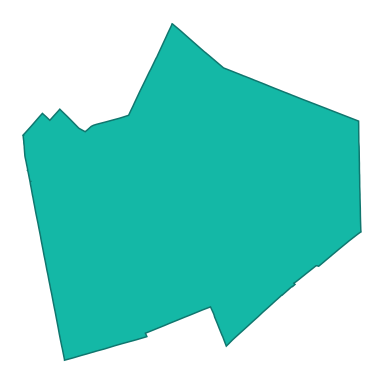 Sandra, Timis, Romania
{"feature_id": "2599482B18358712742029", "entity_name": "Sandra", "entity_type": "district", "adm_level": 2, "iso_a3": "ROU", "parent_name": "Romania", "parent_adm1": "Timis", "projection": "albers", "projection_center": [20.888, 45.925], "detail": "fine", "context": "isolated", "style": "filled", "palette": "teal", "viewbox_px": 384, "rotation_deg": 0, "n_neighbors": 0, "source": "geoboundaries", "source_scale": "gbopen_adm2", "svg_char_len": 2828}
<svg xmlns="http://www.w3.org/2000/svg" viewBox="0 0 384 384"><path d="M146.7,336.7L146.9,336.6L145.4,333.2L152.6,330.3L157.5,328.3L164.2,325.6L169.6,323.3L177.3,320.2L184.6,317.2L189.7,315.2L195.3,312.9L202.8,309.8L210.5,306.9L213.3,313.0L214.0,314.7L214.6,317.0L217.2,323.2L219.2,328.3L222.0,335.2L222.7,336.6L224.2,340.6L226.3,346.1L229.0,343.5L232.0,340.4L235.0,337.6L242.1,331.2L246.3,327.4L253.3,321.0L258.2,316.6L262.7,312.3L267.9,307.7L275.7,300.6L281.8,295.1L282.1,295.2L289.9,288.3L291.4,287.0L292.2,286.4L292.5,286.6L295.0,284.4L293.8,283.2L296.3,281.5L300.2,278.4L305.9,273.8L312.1,268.9L315.2,266.4L315.8,265.9L316.7,265.7L317.6,265.9L318.2,266.1L318.7,266.2L319.8,265.3L325.5,260.5L332.5,254.6L338.7,249.4L342.0,246.7L349.3,240.7L357.4,234.4L360.7,232.0L361.0,231.9L360.8,230.0L360.5,219.9L360.4,215.7L360.3,208.2L360.2,205.0L360.0,197.4L360.0,194.3L359.7,186.4L359.7,183.2L359.6,174.9L359.5,173.6L359.4,168.5L359.4,163.2L359.3,160.4L359.2,152.0L359.1,146.7L358.8,141.8L358.8,137.9L358.7,130.6L358.7,126.4L358.6,121.1L332.9,111.1L314.4,103.9L311.2,102.7L302.4,99.3L274.4,88.2L257.1,81.2L255.5,80.6L244.3,76.1L243.8,76.0L232.7,71.5L223.5,67.9L215.3,60.9L208.6,55.2L203.8,51.3L199.5,47.5L192.9,41.7L186.1,35.7L181.4,31.5L178.7,29.2L172.4,23.9L172.1,23.8L171.2,26.1L167.8,33.2L165.8,37.6L162.4,44.9L158.2,54.0L157.2,56.2L156.9,56.9L155.9,58.6L153.6,63.4L150.7,69.4L149.5,71.6L145.2,80.5L142.5,86.0L139.9,91.3L138.4,94.5L134.4,103.0L133.0,106.1L131.0,110.2L128.8,114.9L128.6,115.3L128.0,115.5L123.4,117.0L119.2,118.3L114.0,119.7L111.0,120.5L105.5,122.0L100.1,123.4L97.0,124.2L95.6,124.6L94.4,125.0L93.7,125.2L92.2,125.9L91.3,126.4L90.9,126.7L87.4,129.9L86.0,131.0L85.2,131.7L82.9,130.5L79.1,128.4L78.3,127.7L75.7,125.0L71.0,120.2L66.7,115.9L61.5,110.9L59.8,109.2L58.5,110.7L55.7,113.8L53.6,116.1L51.2,118.8L49.8,120.3L46.4,117.0L42.4,113.4L40.5,115.5L39.6,116.5L31.2,126.2L24.8,133.3L23.0,135.2L23.3,135.4L23.1,135.5L23.5,139.4L23.8,141.4L23.8,142.7L23.9,143.8L24.1,145.5L24.2,145.9L24.3,148.3L24.6,152.4L24.8,154.8L24.9,155.9L25.1,157.2L25.5,159.0L26.2,162.2L26.5,163.9L27.3,167.7L27.7,169.8L27.4,170.2L27.7,170.5L28.1,172.0L29.4,178.6L29.8,180.4L29.9,181.2L30.3,181.6L30.5,181.6L30.1,182.1L30.5,184.6L31.3,188.6L32.5,195.4L33.0,197.6L33.9,202.7L34.5,205.7L35.5,211.2L36.1,214.3L37.3,220.1L37.9,222.9L38.7,227.2L39.3,230.2L39.6,231.7L40.6,236.8L40.9,238.8L41.5,242.0L42.3,246.1L43.1,250.2L44.0,255.2L44.6,258.1L45.3,261.5L46.1,265.8L47.0,270.6L47.8,274.2L49.1,281.2L50.0,285.6L50.5,288.4L51.7,294.0L52.0,295.6L53.5,303.6L54.5,308.7L55.1,311.5L56.4,318.4L56.7,320.0L58.1,327.3L59.4,334.5L60.4,339.6L61.8,346.5L62.2,348.1L63.6,355.2L64.4,359.2L64.5,360.2L72.7,358.0L81.4,355.4L86.9,353.9L96.0,351.2L104.6,348.9L114.9,345.7L121.9,343.7L136.2,339.8L146.7,336.7Z" fill="#14b8a6" stroke="#0f766e" stroke-width="1.5"/></svg>